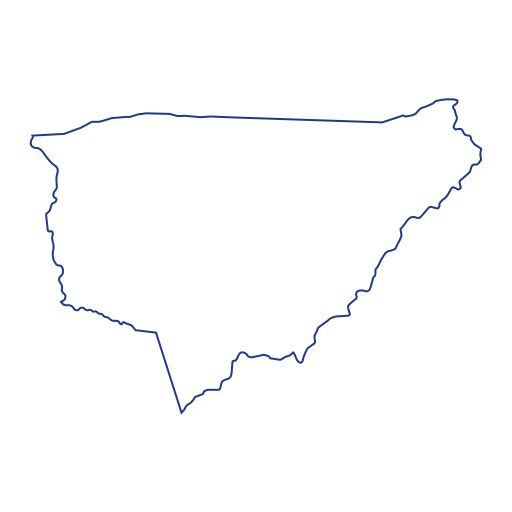 outline of San Marcos de Sierra, Intibucá, Honduras
{"feature_id": "27666195B33277731304286", "entity_name": "San Marcos de Sierra", "entity_type": "district", "adm_level": 2, "iso_a3": "HND", "parent_name": "Honduras", "parent_adm1": "Intibucá", "projection": "mercator", "projection_center": [-88.248, 14.123], "detail": "fine", "context": "isolated", "style": "outline", "palette": "blue", "viewbox_px": 512, "rotation_deg": 0, "n_neighbors": 0, "source": "geoboundaries", "source_scale": "gbopen_adm2", "svg_char_len": 5970}
<svg xmlns="http://www.w3.org/2000/svg" viewBox="0 0 512 512"><path d="M457.0,100.2L456.4,100.2L454.8,99.6L452.8,99.3L446.3,99.3L440.9,100.0L436.8,100.8L435.6,101.3L434.4,102.1L433.3,103.2L430.5,104.6L425.7,106.6L420.9,108.3L419.0,110.0L416.1,113.3L415.1,114.0L413.8,114.7L411.6,115.4L408.3,116.1L405.3,116.5L404.6,116.3L403.3,115.4L382.3,122.4L235.1,117.5L210.6,116.5L200.5,117.2L185.0,115.8L177.8,116.1L169.5,113.9L146.3,113.3L138.0,114.4L130.4,116.8L123.8,117.1L111.5,118.2L102.7,120.9L98.8,121.8L91.9,121.8L80.8,127.8L64.1,133.9L32.4,135.6L32.8,136.6L32.8,137.5L32.2,138.8L31.4,139.7L31.0,141.1L30.8,142.5L30.7,143.6L30.8,144.3L31.1,145.0L31.5,145.7L32.5,146.7L33.7,147.5L35.1,147.9L37.0,148.0L38.1,148.2L39.6,148.9L40.7,149.7L43.3,152.6L47.1,157.9L49.8,161.1L52.4,163.7L55.7,166.2L56.4,167.0L57.3,168.3L57.7,169.7L57.8,171.4L56.8,175.2L56.4,178.2L56.5,181.3L56.8,185.9L56.8,187.5L56.5,188.5L56.1,189.4L54.5,191.4L53.9,192.4L53.5,193.6L53.3,194.9L53.4,195.9L53.9,196.9L54.5,197.5L55.7,198.2L56.1,198.7L56.4,199.5L56.3,200.3L55.9,201.2L55.3,201.9L54.6,202.4L52.9,203.2L51.8,204.3L51.1,205.8L50.3,208.9L49.6,210.5L48.4,212.1L46.5,213.7L46.2,214.3L46.1,215.1L47.8,230.4L48.3,231.1L49.0,231.4L49.7,231.5L50.8,231.2L51.7,231.4L52.4,232.0L52.7,232.9L52.8,234.4L52.2,236.7L52.1,238.1L52.4,240.4L53.3,243.9L53.6,246.2L53.5,248.8L52.9,252.2L52.7,254.3L52.9,256.8L53.4,259.2L53.9,260.5L54.6,261.9L56.2,264.3L56.9,264.8L57.7,265.3L58.5,265.5L60.1,265.6L61.2,266.2L61.8,266.8L62.3,267.6L62.6,268.5L62.9,269.5L63.0,272.0L62.7,273.6L61.9,275.0L60.3,276.4L59.7,277.2L59.2,278.4L59.1,279.8L59.3,280.8L59.7,281.8L61.3,284.1L61.9,285.6L62.0,287.1L61.8,290.0L62.1,291.3L62.8,292.6L64.2,293.8L64.9,294.6L65.4,295.6L65.5,296.9L65.1,298.4L64.7,299.2L64.2,299.8L62.6,301.1L61.0,301.8L62.7,303.9L63.5,304.5L64.4,304.9L66.1,305.3L68.0,305.2L69.3,305.3L70.6,305.6L71.6,306.1L72.9,307.1L73.9,308.7L74.4,309.3L75.2,309.9L76.0,310.2L77.0,310.3L78.0,310.1L78.8,309.6L79.7,308.5L80.3,308.1L81.2,307.7L82.1,307.7L82.8,307.8L83.7,308.2L84.4,308.7L85.4,309.7L86.4,310.2L87.8,310.3L89.4,309.8L90.3,309.8L91.2,310.1L92.4,311.2L93.2,311.6L94.0,311.7L95.3,311.4L96.2,311.5L96.8,311.9L97.8,313.0L98.5,313.4L99.4,313.7L101.1,313.8L102.0,314.2L102.6,314.7L103.5,315.9L104.3,316.5L105.3,316.9L107.0,317.2L108.4,317.8L109.2,318.4L110.8,319.8L112.1,320.6L113.7,320.9L116.5,320.8L118.3,321.3L119.1,322.0L119.9,323.5L120.6,324.1L121.3,324.2L121.9,324.0L122.3,323.6L122.6,322.8L122.8,322.5L123.2,322.3L123.6,322.2L124.7,322.6L126.9,323.7L131.0,325.1L131.7,325.5L135.6,330.2L156.0,332.6L181.5,412.7L184.4,409.5L185.6,407.0L186.3,405.9L187.5,404.8L189.6,403.6L191.0,402.5L193.8,399.3L194.7,397.5L195.0,397.1L195.6,396.8L202.8,394.1L203.3,393.5L203.5,392.4L203.7,391.9L204.1,391.5L204.6,391.1L206.3,390.3L208.2,389.8L218.4,389.8L219.0,389.7L219.5,389.4L220.2,388.3L221.1,384.4L221.7,382.5L222.2,381.6L223.3,380.7L225.0,379.8L226.0,379.4L227.6,379.0L228.5,378.6L229.8,377.6L230.6,376.6L231.1,375.5L231.6,372.7L232.5,361.7L232.7,361.3L233.2,361.0L234.2,360.7L235.4,360.7L235.7,360.4L237.1,358.6L238.3,355.6L239.3,354.0L240.0,353.2L240.9,352.6L241.8,352.3L242.7,352.3L243.5,352.5L244.7,352.9L245.8,353.6L246.5,354.1L247.1,354.9L247.8,355.9L248.3,356.4L249.1,356.8L250.2,357.1L251.3,357.3L252.5,357.2L261.9,355.2L263.2,354.9L263.9,354.9L266.7,355.5L268.4,356.2L269.4,356.9L270.2,358.3L270.7,358.3L278.5,359.6L280.0,359.7L280.7,359.7L281.3,359.4L285.6,356.7L287.8,356.2L289.8,355.4L290.5,354.9L292.0,353.6L292.8,352.7L293.3,352.4L293.6,352.7L294.5,354.3L295.1,355.5L296.3,358.6L297.0,360.0L297.8,361.0L298.5,361.8L299.5,362.4L300.5,362.7L301.3,362.6L302.0,361.9L302.6,360.9L303.0,359.5L303.7,356.7L304.3,355.1L305.7,351.7L307.4,348.6L308.0,348.0L314.5,343.3L314.8,342.8L315.0,342.0L315.0,340.8L314.9,339.8L314.5,338.0L314.6,335.7L315.2,334.3L317.1,330.7L317.9,328.3L318.4,327.6L320.7,325.8L327.3,321.0L329.9,318.8L330.9,318.2L332.5,317.5L334.7,316.8L336.9,316.4L339.2,316.2L342.8,316.1L348.5,315.6L349.3,315.2L349.7,314.7L349.8,313.9L349.5,312.5L348.6,310.0L348.2,308.3L348.1,306.8L348.3,305.7L348.8,304.9L350.6,303.2L354.4,300.0L355.8,299.1L356.2,298.7L356.5,297.8L356.7,296.8L356.6,296.2L356.2,295.1L356.1,294.1L356.4,292.7L356.9,291.8L357.6,291.3L358.6,290.8L359.6,290.6L361.7,290.4L363.6,290.6L366.3,291.4L366.8,291.4L368.3,290.8L369.6,289.7L370.1,288.5L370.8,286.6L373.2,277.7L373.6,277.0L374.7,276.1L375.1,275.4L375.3,274.4L375.5,272.7L375.4,270.5L375.7,269.3L377.9,266.4L381.4,259.3L383.9,255.3L385.6,252.9L386.5,252.2L387.6,251.5L388.8,251.1L391.2,250.5L393.2,249.8L394.9,249.1L395.5,248.4L397.5,244.2L400.0,239.5L400.7,238.0L401.2,236.5L401.4,235.4L401.4,234.1L400.6,230.0L400.5,229.0L402.4,227.0L405.2,223.4L406.7,221.1L407.4,220.2L409.6,218.1L410.9,217.4L411.7,217.1L413.0,216.9L414.1,217.0L414.9,217.2L416.2,217.7L417.3,217.9L419.0,217.9L419.6,217.7L420.7,216.9L422.1,215.4L428.4,208.0L429.1,207.3L429.9,206.9L430.5,206.8L431.3,206.9L436.6,208.3L437.7,208.3L438.3,208.1L438.9,207.2L439.4,206.0L439.5,205.1L439.4,203.8L439.7,203.1L440.6,202.0L442.1,200.3L445.3,197.8L446.4,196.6L448.3,194.0L450.5,189.8L451.9,187.8L452.4,187.4L453.2,187.3L455.4,188.1L457.5,189.3L458.1,189.5L459.1,189.3L460.0,188.7L460.6,188.0L460.8,187.5L459.5,182.5L459.6,181.6L460.1,180.7L468.7,173.1L469.8,171.9L470.3,170.8L470.8,168.8L471.6,166.5L472.1,165.6L472.7,165.1L473.5,164.8L474.9,164.5L476.6,164.5L477.7,164.1L478.5,163.4L480.5,160.5L481.1,160.0L480.3,154.6L480.7,151.0L481.3,149.2L481.1,148.7L474.6,144.4L472.4,141.7L471.1,139.6L470.9,139.2L471.0,138.4L470.8,137.4L470.3,136.4L469.5,135.8L466.2,135.2L465.2,134.8L464.2,133.7L463.2,132.0L462.3,130.1L461.8,129.5L461.0,129.1L459.8,128.9L455.4,129.4L454.5,128.7L453.9,127.7L453.7,126.8L453.9,125.6L456.5,120.0L456.8,119.0L456.9,118.2L456.5,116.3L455.4,112.8L455.0,110.8L454.7,110.2L454.0,109.3L453.5,108.5L453.1,107.5L453.1,106.6L453.2,106.2L453.6,105.7L455.6,104.3L457.0,103.0L457.4,102.2L457.5,101.6L457.4,100.9L457.0,100.2Z" fill="none" stroke="#1e3a8a" stroke-width="2"/></svg>